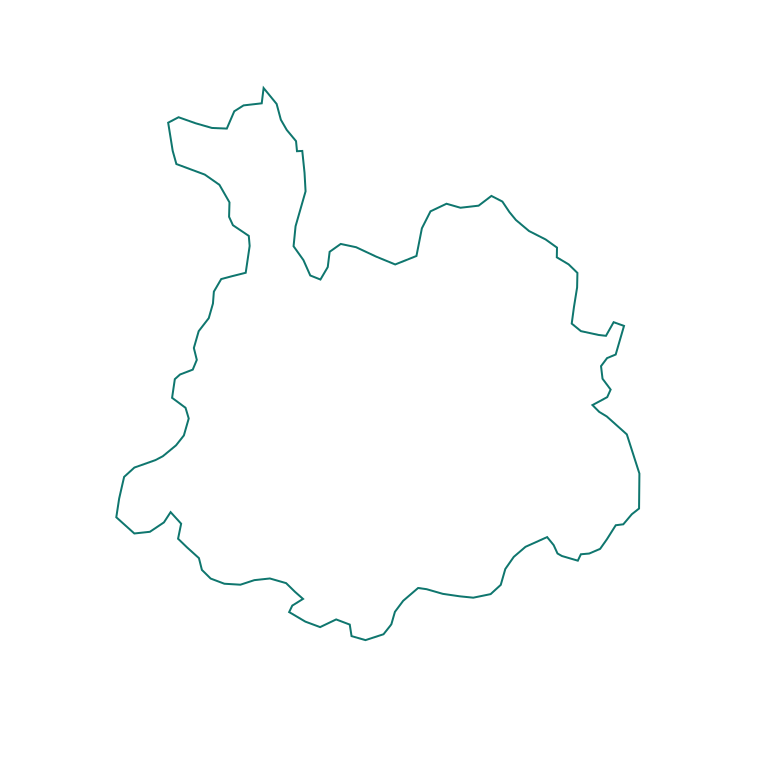 outline of Sangju-si, North Gyeongsang, South Korea, rotated 16°
{"feature_id": "91817680B21539665501577", "entity_name": "Sangju-si", "entity_type": "district", "adm_level": 2, "iso_a3": "KOR", "parent_name": "South Korea", "parent_adm1": "North Gyeongsang", "projection": "robinson", "projection_center": [128.043, 36.44], "detail": "fine", "context": "isolated", "style": "outline", "palette": "teal", "viewbox_px": 768, "rotation_deg": 16, "n_neighbors": 0, "source": "geoboundaries", "source_scale": "gbopen_adm2", "svg_char_len": 2025}
<svg xmlns="http://www.w3.org/2000/svg" viewBox="0 0 768 768"><g transform="rotate(16 384 384)"><path d="M104.5,192.3L116.6,218.1L123.8,229.8L138.3,230.9L154.0,232.1L170.9,237.9L185.4,252.0L189.0,266.0L195.0,273.0L213.2,278.9L216.8,288.3L220.4,315.2L208.3,322.2L198.6,328.0L195.0,342.1L197.4,353.8L197.4,369.0L191.3,384.3L191.3,401.8L197.4,412.4L196.2,422.9L185.3,431.1L181.6,437.0L184.1,455.7L199.8,461.6L205.8,471.0L205.8,478.0L205.8,488.6L201.0,500.3L191.3,514.4L185.2,520.2L167.1,533.1L159.8,544.9L160.2,552.8L161.0,567.2L163.4,585.9L185.2,596.5L199.7,590.6L210.6,577.7L214.2,566.0L227.5,574.2L228.7,589.5L239.6,595.3L254.1,602.4L260.2,612.9L271.0,618.8L285.6,620.0L301.3,616.5L313.4,608.3L327.9,602.4L344.8,602.4L355.7,608.3L365.4,612.9L356.9,622.3L355.7,629.4L373.9,634.1L389.6,635.3L402.9,623.5L417.4,624.7L422.3,635.3L436.8,635.3L452.5,624.7L456.6,614.8L457.3,612.9L457.3,600.0L462.2,587.1L473.0,570.7L481.5,569.5L498.4,569.5L515.4,567.2L528.7,564.8L544.4,556.6L551.6,544.9L551.6,528.4L556.4,514.4L564.9,501.5L583.0,486.2L591.5,492.1L597.5,499.1L602.4,500.3L619.0,500.4L620.2,493.4L628.0,490.4L637.2,482.9L641.1,471.7L645.7,455.9L652.7,452.9L658.1,440.9L663.5,433.4L654.2,399.7L631.3,365.5L621.6,360.8L607.1,353.8L598.6,351.5L590.2,346.8L602.2,335.1L603.4,326.9L592.6,318.7L587.7,307.0L591.3,297.6L598.6,291.8L598.7,262.0L587.7,261.3L584.1,276.5L576.8,277.7L558.7,278.9L547.8,274.2L545.4,257.8L543.0,237.9L539.3,223.9L528.5,218.1L515.2,214.6L512.7,205.2L499.5,200.5L481.3,197.0L465.6,190.0L457.2,184.2L447.5,176.0L435.4,173.6L425.8,186.5L408.9,193.5L394.4,193.5L381.1,205.2L377.5,223.9L379.9,252.0L361.8,266.0L341.2,263.7L319.5,260.2L303.8,261.3L295.3,271.9L297.7,287.1L294.1,301.1L283.2,300.0L272.4,287.1L259.1,276.5L255.5,256.7L255.5,246.1L255.5,232.1L255.5,220.4L249.4,202.9L241.2,182.5L236.2,184.2L232.5,174.8L220.5,166.6L212.0,158.4L203.6,144.4L186.7,132.7L189.1,147.9L172.2,154.9L164.9,163.1L162.5,181.8L148.0,185.3L131.1,185.3L113.0,184.2L104.5,192.3Z" fill="none" stroke="#0f766e" stroke-width="2"/></g></svg>